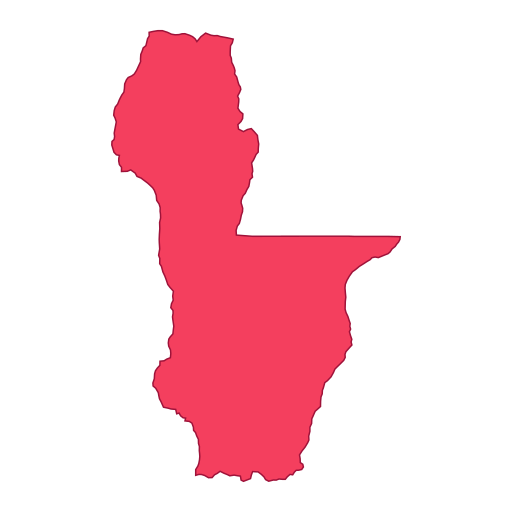 Santo Antônio do Descoberto, Goiás, Brazil
{"feature_id": "56859067B79602459019082", "entity_name": "Santo Antônio do Descoberto", "entity_type": "district", "adm_level": 2, "iso_a3": "BRA", "parent_name": "Brazil", "parent_adm1": "Goiás", "projection": "albers", "projection_center": [-48.284, -16.072], "detail": "fine", "context": "isolated", "style": "filled", "palette": "rose", "viewbox_px": 512, "rotation_deg": 0, "n_neighbors": 0, "source": "geoboundaries", "source_scale": "gbopen_adm2", "svg_char_len": 4105}
<svg xmlns="http://www.w3.org/2000/svg" viewBox="0 0 512 512"><path d="M149.1,32.3L149.2,36.1L147.6,38.6L145.9,45.7L143.2,47.9L142.1,51.3L140.8,54.4L140.5,59.0L140.6,61.6L136.6,70.3L134.3,74.0L131.8,75.9L128.2,77.5L126.5,79.7L124.7,83.9L124.4,88.7L123.9,92.1L121.9,94.9L120.4,97.7L119.2,100.2L117.7,104.0L115.3,107.0L114.2,110.7L113.7,115.2L115.1,118.1L116.3,121.9L114.8,129.8L114.2,133.1L114.6,136.5L114.1,139.5L112.0,141.4L111.8,145.0L114.0,152.3L116.4,154.8L119.4,155.4L118.8,158.2L118.7,161.0L119.4,164.6L121.5,167.3L121.5,171.5L127.3,171.3L130.7,169.9L135.2,173.1L137.0,176.4L141.1,178.1L144.5,180.7L147.7,183.1L150.1,185.3L152.7,187.8L154.3,190.3L156.2,195.2L156.7,200.4L159.1,204.0L160.2,207.7L160.1,211.3L160.5,214.2L160.6,218.0L159.6,222.5L159.8,228.6L159.4,234.4L159.2,239.5L159.3,242.7L159.5,245.7L159.7,249.0L158.6,255.3L159.8,258.4L159.7,263.7L161.4,266.3L162.9,271.9L164.9,276.2L166.3,280.0L167.8,284.5L170.0,287.4L173.4,291.2L172.7,296.1L173.2,300.2L171.5,303.7L170.8,307.7L173.0,310.5L173.1,313.3L172.5,316.8L172.9,320.0L173.8,326.3L173.4,329.1L172.9,333.9L170.3,336.8L168.8,339.1L168.3,342.9L168.7,346.1L170.5,350.0L170.8,353.7L170.4,357.7L166.8,359.1L164.1,360.8L160.0,361.2L159.9,365.3L157.4,368.0L155.5,370.7L154.6,373.8L154.3,378.8L152.9,383.0L153.1,386.0L155.7,388.2L158.3,392.7L158.8,395.6L159.5,398.8L161.0,401.6L163.5,407.2L168.3,408.2L171.0,409.0L175.7,409.4L176.7,413.8L179.1,413.1L180.6,415.8L183.1,417.8L185.6,418.1L185.0,420.9L189.3,421.4L191.9,423.1L193.4,427.2L193.6,430.4L195.5,432.5L196.8,436.1L198.4,439.3L198.5,443.4L199.4,446.5L199.3,450.7L199.6,453.5L199.8,456.5L199.5,459.9L198.8,463.5L197.9,466.0L195.7,469.6L195.7,475.3L198.9,474.4L201.6,474.5L204.7,475.5L208.5,477.7L212.1,477.6L214.5,474.8L217.2,473.4L220.1,471.3L223.9,473.2L227.6,474.7L229.8,475.8L234.1,475.1L237.3,475.7L240.4,476.1L241.1,480.1L243.5,481.3L250.5,478.6L251.4,474.9L252.6,471.6L258.1,471.9L261.4,474.4L264.0,476.9L265.6,479.6L268.7,481.2L273.4,480.0L276.2,480.1L279.0,479.0L282.4,479.3L285.3,479.3L287.3,476.8L290.0,474.4L292.7,474.8L294.4,472.1L296.2,470.3L298.7,470.2L301.7,469.5L303.4,467.0L302.8,464.3L300.3,462.6L300.1,458.6L299.5,454.9L302.1,450.8L305.0,447.2L307.7,442.7L308.9,440.0L308.7,436.1L309.9,431.3L309.9,427.2L311.6,423.5L311.8,418.8L313.0,416.2L314.1,413.6L315.2,411.2L317.5,409.2L320.5,406.5L320.6,401.2L321.0,396.9L322.2,393.9L322.4,390.3L323.3,388.0L324.8,382.6L327.4,380.7L331.0,376.9L333.4,372.6L334.9,369.1L337.2,366.8L340.7,363.4L343.7,360.4L345.2,357.4L345.0,354.4L345.9,351.7L349.0,348.2L351.9,345.0L351.1,342.0L351.8,339.3L350.5,335.6L349.4,331.7L350.6,329.1L349.8,326.3L350.2,323.5L349.3,320.9L347.9,316.5L346.0,312.5L345.1,309.1L345.3,301.5L345.8,297.2L345.4,293.1L345.0,288.0L345.3,284.4L347.0,280.2L349.3,276.2L352.4,271.8L355.5,269.6L359.3,266.4L363.0,264.1L367.0,261.5L370.1,259.7L372.0,257.7L375.1,257.0L378.3,257.6L381.5,256.3L384.9,254.9L388.0,253.7L390.0,252.0L392.1,248.9L395.2,246.4L396.8,244.0L398.5,242.1L399.9,239.4L400.2,236.7L387.6,236.4L380.2,236.4L367.2,236.4L354.0,236.4L351.2,236.3L348.2,236.2L336.9,236.2L308.9,236.2L252.5,236.3L236.4,235.1L236.1,230.4L237.3,226.1L239.3,223.5L240.5,219.3L241.3,215.2L242.5,211.7L242.7,208.3L241.9,205.4L241.1,202.9L241.3,200.2L243.1,195.7L245.3,193.2L246.9,189.6L248.8,186.4L249.5,182.7L249.9,179.7L252.5,177.2L252.0,173.7L252.7,171.3L252.5,168.5L251.6,162.9L253.5,160.0L254.9,157.1L256.1,154.4L258.2,152.1L258.3,148.4L258.7,144.0L257.9,139.7L257.4,135.4L254.3,131.8L251.3,128.6L247.5,129.5L243.4,131.6L238.5,129.1L237.9,124.6L241.0,121.5L242.6,118.6L242.9,113.9L240.0,111.5L237.9,108.2L238.3,105.1L238.7,102.1L238.8,98.9L237.6,96.1L239.5,92.6L240.8,89.4L240.3,86.9L238.9,84.7L238.0,81.9L236.7,77.0L234.6,74.0L235.0,70.7L234.3,68.0L233.3,65.5L231.7,62.3L231.3,58.1L230.2,55.4L230.2,51.7L230.5,45.8L232.3,42.8L233.2,39.1L227.4,37.8L220.2,36.5L217.4,35.6L214.0,35.7L210.9,35.2L205.6,33.1L200.9,36.7L196.9,41.6L195.1,38.8L192.6,36.7L189.7,35.3L184.9,33.7L182.0,33.8L179.1,34.6L175.2,34.8L171.5,34.2L167.4,32.3L162.5,30.7L157.7,30.7L153.3,31.4L149.1,32.3Z" fill="#f43f5e" stroke="#9f1239" stroke-width="1.5"/></svg>